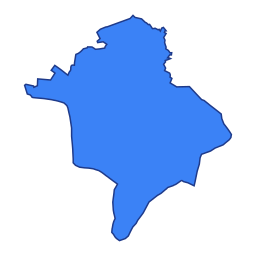 outline of Sunuapa, Chiapas, Mexico
{"feature_id": "50627088B5498288476190", "entity_name": "Sunuapa", "entity_type": "district", "adm_level": 2, "iso_a3": "MEX", "parent_name": "Mexico", "parent_adm1": "Chiapas", "projection": "orthographic", "projection_center": [-93.257, 17.483], "detail": "fine", "context": "isolated", "style": "filled", "palette": "blue", "viewbox_px": 256, "rotation_deg": 0, "n_neighbors": 0, "source": "geoboundaries", "source_scale": "gbopen_adm2", "svg_char_len": 2843}
<svg xmlns="http://www.w3.org/2000/svg" viewBox="0 0 256 256"><path d="M128.3,236.0L130.4,231.6L132.1,228.3L133.0,226.7L133.7,226.0L136.1,223.4L137.7,220.3L141.3,215.5L143.2,212.9L149.0,202.0L157.8,195.1L158.0,195.1L160.9,193.4L161.2,193.2L166.1,189.0L166.3,189.0L166.5,188.8L167.6,187.6L168.0,187.4L173.2,185.6L173.4,185.4L174.0,185.1L175.7,184.4L177.2,183.4L181.2,180.6L182.1,180.6L183.5,181.6L188.0,182.8L194.1,185.8L195.0,182.0L197.2,171.2L199.3,164.2L200.1,157.8L201.5,154.3L210.6,151.0L215.2,148.0L223.2,144.8L225.4,142.9L229.3,139.7L230.9,137.5L231.0,136.6L231.4,134.5L229.3,131.2L228.8,130.5L227.1,128.1L223.8,123.8L222.8,121.2L221.8,118.7L221.2,114.0L217.4,111.0L215.1,109.2L209.4,104.8L208.5,104.0L204.1,100.5L203.5,100.3L201.6,99.6L198.4,96.2L196.6,94.3L189.4,86.6L176.7,86.9L170.1,82.9L171.9,78.4L170.1,77.2L170.3,74.9L169.9,73.7L169.6,73.1L164.6,70.6L165.6,68.1L163.6,64.3L165.5,61.9L165.2,60.5L167.7,59.7L170.5,58.6L169.0,57.9L167.6,57.8L169.7,54.9L171.4,54.9L171.7,52.7L170.0,52.8L168.4,50.5L165.8,48.8L165.9,48.1L166.1,47.1L165.3,44.9L164.6,42.5L165.0,40.1L163.7,37.5L166.1,33.5L164.4,32.5L165.0,30.9L166.1,30.8L165.9,30.5L163.4,27.4L161.7,28.1L161.0,29.6L160.3,31.1L159.1,29.3L158.2,29.8L155.0,28.2L154.4,28.5L152.4,28.6L151.4,27.0L149.6,24.4L148.3,24.6L147.0,23.4L146.5,22.9L145.3,22.4L141.6,18.9L135.0,17.4L133.0,15.4L130.1,18.5L107.3,26.8L105.8,27.0L100.4,29.2L96.9,32.3L98.8,36.1L100.1,38.6L97.2,41.2L97.7,42.6L103.2,41.8L106.8,44.3L105.2,46.5L104.7,48.1L102.6,48.4L100.9,48.7L99.8,48.9L95.5,49.3L93.9,48.2L92.0,47.0L87.6,46.9L87.2,47.8L85.5,48.3L83.4,48.8L82.5,49.8L80.6,51.7L78.3,53.4L75.9,54.4L75.6,55.8L75.3,57.9L74.9,60.4L74.5,62.9L74.4,65.2L73.3,65.1L72.7,65.1L72.1,65.2L71.5,65.5L71.2,66.1L70.9,66.9L70.8,67.7L70.8,68.9L70.7,69.7L70.4,70.7L69.6,71.5L68.9,72.8L67.9,75.2L61.0,69.8L57.7,67.4L54.8,65.4L51.2,70.3L53.9,72.2L55.0,73.1L50.6,80.0L44.9,79.5L37.7,78.9L37.4,85.7L33.9,87.3L33.6,86.0L25.9,84.3L24.6,85.3L27.3,94.0L30.2,94.9L31.5,96.3L31.7,96.8L31.8,97.0L32.1,97.2L32.4,97.4L33.4,97.6L36.4,97.9L41.1,98.3L44.2,98.6L45.5,98.8L50.3,99.5L51.2,99.6L54.4,100.3L55.6,100.5L57.7,101.0L61.5,102.1L64.1,103.0L66.9,105.6L67.0,105.8L67.9,108.0L68.9,112.6L69.9,116.8L71.6,128.0L71.6,135.6L71.6,136.3L72.3,143.8L72.8,149.9L72.8,150.8L73.2,159.0L73.2,161.2L73.2,162.8L75.5,165.3L79.6,167.2L82.0,167.5L84.3,167.8L88.8,168.1L93.4,168.8L95.9,169.7L98.9,170.6L101.8,172.4L104.6,174.5L105.7,175.4L107.0,176.3L112.6,180.5L114.8,182.1L117.5,184.1L116.4,186.1L114.3,189.7L113.9,193.7L113.2,198.8L112.9,201.4L112.8,202.1L113.3,210.1L113.9,213.5L114.2,214.5L114.8,217.1L115.1,218.5L114.7,219.4L113.7,221.6L113.0,224.1L112.9,224.5L112.3,228.0L112.1,228.7L111.9,231.0L111.8,232.4L113.4,234.2L115.1,237.0L116.5,238.5L119.5,240.6L125.2,238.6L125.4,238.5L126.2,237.8L128.3,236.0Z" fill="#3b82f6" stroke="#1e3a8a" stroke-width="1.5"/></svg>